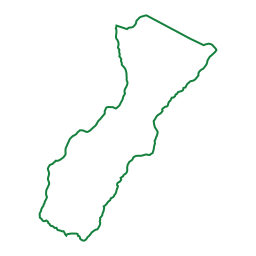 Mirandópolis, São Paulo, Brazil (orthographic projection)
{"feature_id": "56859067B1440643639683", "entity_name": "Mirandópolis", "entity_type": "district", "adm_level": 2, "iso_a3": "BRA", "parent_name": "Brazil", "parent_adm1": "São Paulo", "projection": "orthographic", "projection_center": [-51.144, -21.087], "detail": "fine", "context": "isolated", "style": "outline", "palette": "green", "viewbox_px": 256, "rotation_deg": 0, "n_neighbors": 0, "source": "geoboundaries", "source_scale": "gbopen_adm2", "svg_char_len": 4066}
<svg xmlns="http://www.w3.org/2000/svg" viewBox="0 0 256 256"><path d="M39.9,217.7L41.4,218.8L42.7,220.7L43.8,221.1L45.1,221.1L46.3,220.5L47.9,221.6L48.3,223.1L49.6,224.0L50.1,225.2L51.2,226.0L52.3,226.0L53.5,226.8L54.7,228.0L56.5,227.8L57.0,229.0L57.7,230.1L59.5,230.4L60.9,230.8L62.2,231.4L63.5,231.2L64.4,232.5L65.1,234.2L66.3,235.6L66.9,234.4L68.4,234.0L70.8,233.6L72.7,233.5L75.1,233.6L76.4,233.6L77.6,234.0L78.0,235.9L79.4,236.2L79.9,237.5L80.1,238.7L81.3,239.7L82.7,240.5L84.2,240.6L85.4,240.0L86.7,238.6L87.7,237.0L89.0,236.0L90.5,234.2L91.7,232.4L93.0,231.5L94.2,230.6L95.7,229.7L96.9,229.5L98.0,228.6L99.0,226.6L99.8,225.2L100.3,223.0L99.7,221.4L100.3,219.7L100.0,218.1L101.3,216.7L102.3,215.0L102.6,213.2L103.5,211.4L103.9,209.5L104.2,207.8L103.7,206.3L105.1,205.5L106.3,204.3L107.2,203.1L108.0,201.9L109.2,200.9L110.2,200.1L110.8,198.3L112.8,197.3L113.9,196.4L114.4,194.9L115.4,193.9L116.2,191.9L116.7,189.6L117.5,187.7L118.0,186.2L117.1,185.2L117.3,183.4L118.6,182.2L119.7,181.8L121.2,179.8L120.6,177.9L121.8,177.1L123.1,176.3L123.5,175.1L124.6,174.3L126.0,173.4L127.1,171.5L127.3,169.3L127.1,167.7L127.4,166.5L127.7,164.6L128.5,163.5L129.1,162.1L130.2,161.3L131.8,160.2L132.8,158.8L133.4,157.3L135.0,156.4L136.5,155.8L138.1,155.8L139.3,155.8L141.2,155.8L143.7,155.1L145.5,154.6L146.9,154.5L148.2,154.9L149.8,155.0L151.0,153.9L152.5,153.2L153.3,150.9L153.8,148.8L154.0,146.9L155.0,143.0L154.6,140.8L155.5,139.3L156.0,137.5L156.7,136.1L157.4,133.8L157.7,132.0L157.1,130.8L156.2,129.3L154.9,127.3L154.4,125.4L154.0,123.6L153.7,121.0L155.0,119.3L155.6,118.1L156.3,116.8L157.7,115.2L159.3,114.2L160.4,113.5L161.6,112.3L162.6,110.9L162.1,109.5L162.8,108.4L164.1,107.6L165.1,106.7L166.6,106.6L167.8,105.6L168.1,104.0L168.9,101.9L170.4,100.6L171.1,99.0L171.7,97.7L173.6,97.5L175.1,96.1L175.7,94.4L177.0,93.9L177.9,92.2L180.0,91.5L181.8,91.0L183.1,90.0L183.5,87.9L185.5,87.4L186.3,85.7L187.1,84.2L188.6,82.8L190.5,81.2L192.2,80.9L194.2,80.2L195.8,78.8L197.0,77.2L198.4,75.5L198.4,73.9L198.7,72.6L199.6,71.2L200.5,70.4L201.6,69.5L203.0,68.9L203.9,67.9L205.3,66.1L206.5,64.4L207.1,62.7L207.5,60.5L208.8,58.3L209.8,56.7L211.6,55.3L212.8,54.1L214.0,53.0L214.9,52.2L216.4,50.2L215.7,48.6L214.3,47.2L212.6,45.2L211.0,44.2L209.8,43.9L208.3,43.7L207.0,44.1L205.5,44.4L203.7,45.2L189.2,38.2L173.9,30.0L146.5,15.4L145.1,15.6L143.1,16.2L141.0,16.8L139.6,17.5L138.4,18.8L137.3,19.9L136.4,20.9L136.2,22.2L135.7,23.9L134.2,25.8L133.1,26.9L131.5,27.4L129.8,27.6L128.6,27.8L127.0,29.1L116.5,25.6L116.3,27.0L115.8,28.6L116.4,29.8L116.4,32.1L116.3,34.0L116.0,35.7L116.0,37.3L116.3,38.6L117.4,39.9L118.4,42.5L118.6,44.5L118.2,46.3L118.0,47.8L119.3,49.5L119.2,51.2L119.2,52.5L119.8,54.5L119.3,56.3L120.2,57.3L121.3,59.2L120.9,60.9L121.8,62.8L121.8,64.8L122.9,66.0L123.8,67.0L125.1,68.6L125.8,70.4L126.2,72.0L126.5,73.5L126.5,75.1L126.6,76.5L126.7,78.0L126.6,79.5L126.8,80.8L127.4,81.9L127.5,83.2L127.1,84.7L126.7,85.9L126.1,87.2L125.3,88.4L124.6,90.2L124.5,92.1L125.0,93.4L124.4,94.7L123.4,96.3L122.7,98.9L122.1,100.4L121.4,101.6L120.4,103.5L119.7,105.0L118.9,106.0L118.0,106.8L117.0,107.6L115.9,108.5L114.8,108.1L112.8,107.1L111.0,107.1L109.1,107.0L107.1,107.2L106.0,108.0L105.6,109.2L104.7,111.2L104.7,113.8L103.4,115.2L100.3,119.0L98.2,121.1L97.0,123.2L96.3,124.6L95.1,126.0L93.8,127.0L92.2,128.5L90.9,129.7L90.0,130.6L88.9,131.2L87.7,131.9L86.2,131.9L84.7,131.1L82.8,130.4L81.3,130.3L79.9,130.3L79.0,131.1L77.4,132.5L76.5,133.9L74.5,135.3L72.8,136.0L71.4,137.4L70.5,138.3L69.6,139.4L65.7,148.3L65.5,149.6L65.5,151.8L65.6,153.5L65.4,154.8L64.6,155.8L63.4,157.4L61.7,158.6L60.4,159.6L58.8,160.4L57.2,160.9L55.7,160.7L54.9,161.7L53.6,162.8L52.6,163.9L51.2,164.4L49.8,165.0L48.6,166.9L47.9,168.5L48.0,169.9L48.7,171.4L49.1,173.6L48.7,175.7L48.1,177.5L47.9,179.2L48.4,180.8L49.2,182.7L49.0,184.6L48.2,186.1L47.7,187.4L46.8,189.1L46.3,190.4L46.1,192.0L46.1,193.8L46.2,195.3L47.0,196.9L46.3,198.9L45.3,200.7L44.7,201.9L44.5,203.3L43.7,204.4L43.4,206.0L42.3,207.2L41.3,209.4L40.9,211.2L39.9,213.0L39.6,214.3L39.8,215.7L39.9,217.7Z" fill="none" stroke="#15803d" stroke-width="2"/></svg>